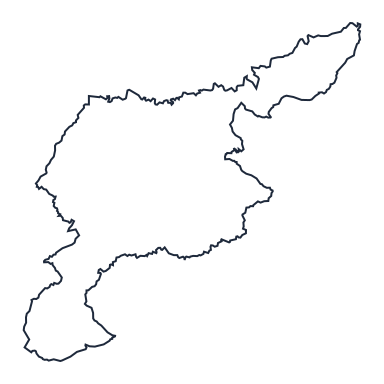 outline of Xochicoatlán, Hidalgo, Mexico
{"feature_id": "50627088B82617761182934", "entity_name": "Xochicoatlán", "entity_type": "district", "adm_level": 2, "iso_a3": "MEX", "parent_name": "Mexico", "parent_adm1": "Hidalgo", "projection": "robinson", "projection_center": [-98.634, 20.789], "detail": "fine", "context": "isolated", "style": "outline", "palette": "slate", "viewbox_px": 384, "rotation_deg": 0, "n_neighbors": 0, "source": "geoboundaries", "source_scale": "gbopen_adm2", "svg_char_len": 5825}
<svg xmlns="http://www.w3.org/2000/svg" viewBox="0 0 384 384"><path d="M138.6,95.3L129.3,89.8L128.5,90.0L127.5,90.5L126.0,98.1L125.4,98.7L122.7,99.7L118.4,96.9L117.2,97.9L115.3,97.5L112.6,98.4L111.6,101.1L109.9,102.1L108.2,101.7L109.4,98.6L109.1,96.1L107.2,96.3L107.6,97.8L105.9,99.3L100.4,96.3L99.5,97.2L88.9,96.0L88.9,104.5L85.2,104.4L83.8,105.5L84.0,107.8L77.7,114.9L78.4,117.9L76.0,120.4L76.0,122.2L73.4,123.1L72.2,125.4L69.4,126.8L65.0,131.5L64.6,134.5L62.4,136.1L61.5,140.6L59.0,142.7L56.2,143.8L55.0,145.7L55.1,150.4L53.8,156.6L51.0,159.9L49.4,163.3L46.5,166.3L45.8,169.7L46.6,172.5L46.3,173.4L40.6,176.6L38.4,180.6L35.9,183.5L37.2,185.2L36.8,186.8L38.1,187.0L39.0,188.9L41.6,186.8L43.7,189.1L46.2,189.6L49.2,193.9L52.8,195.6L53.7,196.7L55.6,196.6L54.9,199.1L53.4,200.0L53.0,202.1L54.4,202.8L53.7,206.0L55.3,207.8L57.0,208.3L57.5,210.0L57.0,210.9L58.1,212.0L58.1,213.3L60.1,214.2L58.7,215.9L60.8,215.7L62.7,217.9L63.0,220.2L68.4,221.6L69.4,222.8L70.6,222.3L71.6,219.8L74.0,221.2L71.9,225.3L69.1,228.4L68.1,231.1L75.7,229.4L79.1,235.4L75.6,238.8L74.6,242.6L72.0,244.6L62.5,248.2L56.1,252.7L55.5,254.5L53.5,254.7L51.9,256.8L49.9,256.1L48.6,258.9L45.3,259.8L44.0,261.2L44.1,262.3L48.3,262.1L50.6,263.9L52.4,263.2L52.7,265.2L54.9,267.9L55.8,270.6L57.6,271.5L61.8,277.5L61.0,280.9L58.5,283.6L56.8,283.8L54.2,282.9L53.4,285.0L51.3,284.1L50.2,285.1L49.6,286.9L47.3,288.4L45.1,288.1L39.1,294.7L38.4,297.6L36.3,299.0L33.9,298.8L31.5,300.0L32.0,301.4L29.5,311.0L26.8,313.7L26.0,317.3L26.1,322.7L24.2,326.6L23.7,330.2L29.2,339.5L24.6,347.4L31.3,352.3L32.4,350.9L34.8,350.6L35.9,351.3L36.5,353.5L38.9,356.6L42.2,358.0L42.8,359.1L44.6,359.8L47.0,359.6L48.7,360.6L53.7,359.3L60.3,361.0L62.0,360.5L70.5,356.6L76.9,351.9L85.7,349.2L86.5,347.5L85.4,345.6L85.6,344.6L89.6,346.3L94.9,346.6L103.7,344.4L109.6,340.7L110.3,339.3L112.2,338.9L112.2,337.7L115.0,336.4L115.1,335.8L112.4,335.3L107.5,332.3L101.3,325.5L98.2,323.4L96.7,321.5L94.5,320.5L93.2,318.5L93.1,312.9L91.5,307.8L86.6,305.6L84.9,303.9L86.4,301.4L85.3,294.4L86.5,292.9L86.5,290.4L88.4,290.3L92.1,286.9L94.6,286.2L96.1,284.3L96.6,281.4L98.9,279.8L100.9,274.0L100.4,273.0L98.2,272.8L98.8,270.0L100.4,269.0L103.5,271.6L105.7,271.0L109.7,267.9L110.0,264.8L111.1,264.4L113.0,265.2L112.9,262.1L115.7,261.2L116.5,257.5L119.0,257.1L120.9,255.7L125.0,254.3L127.4,256.0L129.2,254.7L131.4,255.5L135.5,254.3L136.1,256.8L137.0,257.9L140.4,255.8L144.7,256.1L147.4,254.4L146.7,255.6L147.1,256.1L148.6,253.2L152.1,253.9L152.9,251.7L156.3,253.1L156.6,252.2L156.0,250.1L158.3,247.9L160.2,247.8L161.3,249.7L162.2,249.9L164.7,247.4L168.8,253.3L173.7,255.1L177.3,255.1L178.2,257.2L179.3,258.0L183.0,256.7L184.4,257.9L184.6,260.0L185.5,257.3L186.3,256.6L189.6,257.4L190.3,256.6L193.2,255.9L197.2,256.1L199.3,255.0L200.6,255.4L203.4,253.9L204.0,251.7L208.2,253.0L209.4,250.6L210.9,249.9L210.5,246.8L211.1,245.3L212.9,245.5L214.7,246.7L217.5,245.8L218.0,243.0L221.6,241.3L221.1,240.1L221.5,239.3L229.1,242.4L229.8,242.1L230.2,240.5L235.9,239.2L236.3,236.6L237.5,236.3L238.6,237.4L240.4,237.6L242.3,235.0L245.9,233.3L246.0,230.0L243.0,228.7L243.7,226.4L243.4,222.5L244.8,220.3L242.4,215.5L242.5,214.5L245.3,212.7L246.4,207.6L249.0,207.4L250.4,206.1L253.1,206.2L253.3,205.2L257.9,201.4L260.6,202.6L264.2,201.2L268.3,201.0L268.7,198.2L271.2,196.0L271.5,193.1L272.7,191.4L272.6,190.5L270.6,189.6L269.9,187.7L266.8,187.8L263.5,186.2L261.9,184.2L260.4,183.9L256.6,178.5L251.4,175.3L246.2,173.7L242.3,171.1L241.2,169.7L240.0,166.0L236.7,163.7L236.6,162.0L235.3,162.0L234.2,160.8L232.9,160.9L229.5,159.0L225.2,159.3L225.0,156.8L225.7,154.2L226.3,154.3L227.1,153.0L231.4,153.2L231.6,151.9L234.3,150.2L233.8,148.0L236.0,151.4L236.2,150.3L236.9,151.3L236.6,152.7L237.6,151.3L237.5,150.2L238.3,152.0L238.9,151.5L238.7,149.1L241.3,151.3L243.6,149.3L242.0,144.1L242.3,140.8L240.9,139.4L240.7,138.1L235.5,135.2L232.6,131.5L231.9,127.9L230.0,124.5L233.0,120.7L233.6,114.1L235.1,109.4L237.6,108.1L241.3,102.8L244.8,106.2L245.0,108.5L246.0,109.6L252.3,111.4L254.7,114.5L257.9,116.5L258.7,115.9L262.3,117.3L264.6,117.4L266.2,116.6L268.2,117.6L270.5,117.5L270.8,117.1L268.5,113.9L268.8,111.9L271.6,108.1L273.2,107.1L273.4,105.3L278.7,103.8L281.5,98.3L284.0,96.5L286.5,95.7L293.4,97.0L301.5,99.9L309.6,100.1L311.7,99.5L315.4,95.9L319.0,93.5L318.8,92.6L322.0,92.3L324.0,93.5L326.0,92.1L326.8,89.9L328.8,88.9L330.3,86.6L330.6,84.2L332.4,84.0L334.4,82.7L336.5,77.8L336.2,75.5L337.4,73.1L336.7,72.1L345.2,62.7L347.2,59.0L353.9,55.4L354.6,51.1L357.0,44.0L358.6,42.9L359.2,40.3L360.0,39.7L359.1,34.4L360.0,31.2L358.0,30.2L358.0,29.4L360.1,26.8L360.3,24.4L357.8,23.4L357.8,25.9L356.7,26.6L352.5,23.2L350.2,23.0L345.9,27.9L343.8,28.0L340.9,31.7L332.1,33.7L327.7,36.0L321.0,36.1L318.2,35.4L313.6,37.4L308.4,35.1L307.6,36.1L308.7,41.2L307.2,44.1L304.8,43.5L302.4,39.2L300.5,39.3L298.7,41.7L296.7,46.6L295.0,48.0L292.4,52.9L289.7,53.8L288.0,55.3L284.6,55.8L283.1,57.0L278.0,57.2L271.6,58.7L270.8,60.4L269.9,66.6L266.3,67.6L264.8,66.4L260.5,65.9L258.8,68.2L251.9,67.3L252.2,70.0L254.8,72.9L254.0,74.7L258.0,77.1L258.9,78.9L256.3,88.5L252.4,82.3L247.1,79.4L246.6,78.7L246.8,76.2L244.3,77.7L243.3,85.2L237.7,85.8L236.7,87.1L236.7,90.3L234.7,91.4L231.5,88.0L227.0,90.4L225.3,90.7L224.2,89.8L223.1,86.6L221.2,85.2L218.5,86.8L214.9,83.3L213.8,83.9L213.1,88.7L212.1,90.1L210.4,90.5L203.4,89.6L201.8,90.6L200.4,90.1L199.0,90.5L200.0,92.7L197.2,93.5L195.9,95.3L193.6,93.2L187.5,94.1L185.3,92.7L183.3,92.7L181.9,96.5L179.2,97.3L178.8,99.3L177.2,97.8L176.4,97.9L175.0,100.1L173.2,98.7L171.0,99.4L170.7,100.2L173.1,102.2L173.1,103.2L171.6,104.7L170.7,102.8L168.2,102.8L167.6,100.5L166.3,100.2L164.0,101.1L162.9,103.3L159.5,102.4L157.1,104.7L155.5,104.4L154.8,103.1L155.1,99.5L153.0,98.5L150.6,101.2L148.6,99.6L146.1,100.7L145.1,99.5L145.3,97.8L144.1,97.5L142.3,99.5L141.3,99.2L138.6,95.3Z" fill="none" stroke="#1e293b" stroke-width="2"/></svg>